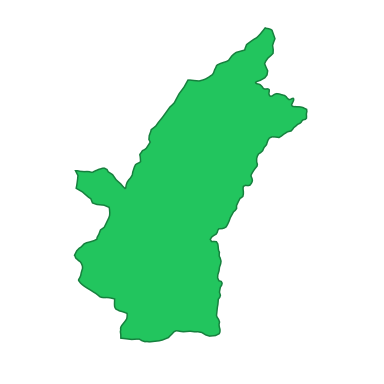 Zobel, Tashigang, Bhutan, rotated 78°
{"feature_id": "84629894B82504764239496", "entity_name": "Zobel", "entity_type": "district", "adm_level": 2, "iso_a3": "BTN", "parent_name": "Bhutan", "parent_adm1": "Tashigang", "projection": "natural_earth1", "projection_center": [91.442, 27.065], "detail": "fine", "context": "isolated", "style": "filled", "palette": "green", "viewbox_px": 384, "rotation_deg": 78, "n_neighbors": 0, "source": "geoboundaries", "source_scale": "gbopen_adm2", "svg_char_len": 5406}
<svg xmlns="http://www.w3.org/2000/svg" viewBox="0 0 384 384"><g transform="rotate(78 192 192)"><path d="M320.2,292.0L320.8,290.1L322.5,285.1L323.7,281.6L324.3,277.3L325.0,274.0L327.0,271.9L328.6,269.2L328.9,267.2L329.6,265.2L329.8,264.3L330.7,255.1L330.6,251.7L329.5,245.3L328.4,243.8L326.7,241.1L325.0,238.7L324.4,236.4L325.1,234.3L325.9,232.4L326.9,229.5L327.8,222.7L329.3,218.5L329.9,215.3L331.4,211.7L334.7,208.2L336.6,204.8L337.3,198.9L336.5,195.8L336.2,194.8L334.9,193.9L333.7,193.5L332.1,193.2L330.5,193.3L328.7,193.3L326.8,193.0L326.0,192.6L324.9,192.1L322.2,192.5L319.6,193.5L317.9,193.7L313.2,192.2L309.9,191.1L307.2,190.0L304.2,189.1L302.4,188.6L300.7,186.7L298.9,185.7L295.7,186.0L293.9,185.3L291.1,184.1L289.2,182.3L287.4,181.5L285.6,182.0L284.4,184.1L281.4,184.8L278.4,184.0L274.8,182.0L271.2,180.7L268.2,178.9L265.7,178.0L262.3,178.2L260.5,178.7L258.4,178.3L256.6,177.7L255.2,178.1L253.5,178.1L250.1,177.7L248.1,177.6L245.7,178.5L245.1,180.3L244.5,183.2L242.1,184.0L240.1,182.0L239.0,179.6L238.2,177.1L236.7,175.7L234.8,174.7L233.6,173.5L233.8,171.8L234.1,170.2L233.9,167.9L233.3,166.0L232.6,165.3L230.9,163.8L228.2,161.8L225.1,159.9L222.9,158.0L220.0,155.5L219.0,153.6L217.4,151.8L214.6,151.3L212.7,149.9L210.7,148.4L208.1,146.2L207.9,145.2L206.9,143.2L204.7,142.2L202.5,141.7L200.3,141.5L198.7,141.2L197.2,140.6L196.6,138.4L197.4,135.9L197.4,134.0L195.9,132.2L194.5,131.1L193.1,130.5L191.3,130.5L188.5,131.0L186.9,130.1L184.5,127.9L183.0,126.4L180.2,123.0L178.5,122.3L176.1,122.5L172.7,121.8L170.6,120.7L168.6,119.0L167.8,116.8L166.3,114.3L164.7,113.2L163.3,112.1L162.4,110.8L161.2,109.3L159.2,108.2L157.1,106.9L155.3,105.1L154.7,102.2L155.4,99.4L156.2,97.0L156.8,95.6L155.8,92.8L154.5,90.2L153.5,87.4L153.0,86.2L152.9,82.3L151.3,80.2L150.2,79.1L149.0,76.6L147.8,74.6L147.2,72.1L146.5,70.8L144.9,69.2L144.5,68.0L144.5,66.0L143.6,64.7L142.0,64.3L139.4,63.9L137.1,62.9L135.0,62.7L133.4,64.8L132.6,65.7L132.0,66.8L131.4,68.2L131.0,69.4L130.6,71.0L130.3,72.2L130.0,73.1L129.8,74.2L129.1,75.9L128.0,76.4L127.1,76.3L126.1,75.5L124.5,74.3L123.5,73.6L122.2,73.2L121.5,73.4L121.3,74.5L121.6,75.3L121.9,76.6L121.8,77.9L120.6,78.9L119.5,79.6L118.5,80.0L117.9,80.5L116.9,81.3L116.2,82.7L115.7,83.6L115.3,84.5L114.8,85.3L114.4,86.0L114.1,86.7L113.8,87.5L113.4,88.8L113.5,90.3L113.8,91.5L114.2,92.5L114.7,93.6L114.8,94.9L114.5,95.6L113.1,96.3L111.5,96.3L109.8,95.6L108.8,95.3L107.8,95.3L106.9,96.4L106.7,97.2L106.7,98.1L106.3,99.7L105.7,100.5L105.1,100.9L103.8,101.4L102.9,101.9L102.0,102.5L101.1,103.2L100.6,103.9L100.2,104.7L99.6,106.1L98.7,107.0L98.0,107.0L97.5,105.9L97.1,103.5L97.0,102.1L95.4,97.0L93.1,94.3L89.2,92.8L85.1,93.7L81.6,94.3L79.4,92.7L76.8,89.9L74.8,86.3L73.2,83.9L69.8,83.0L65.4,82.7L62.7,81.2L59.3,79.0L50.5,80.1L49.4,81.1L48.2,83.1L47.3,85.4L46.7,86.3L48.8,88.8L49.8,90.1L51.8,92.5L53.9,95.6L54.6,96.9L55.6,100.0L56.7,102.6L57.5,104.4L58.5,106.6L59.2,108.0L62.6,110.2L64.1,110.9L64.3,114.2L64.5,117.5L64.6,119.3L64.8,120.2L65.9,122.6L67.3,124.9L69.0,126.8L70.8,128.8L71.3,130.3L71.6,131.9L71.8,134.2L72.2,137.5L72.6,139.2L72.9,140.6L73.5,141.7L75.3,142.9L77.1,144.4L79.1,145.6L80.4,146.5L81.7,148.1L82.3,149.8L83.0,151.3L83.6,153.1L84.3,155.3L84.7,158.1L84.9,162.0L83.3,167.1L82.1,170.7L81.7,172.7L87.0,177.3L87.7,177.9L92.9,183.8L93.5,184.4L98.1,188.3L101.0,190.7L102.7,193.2L103.7,194.9L104.2,195.8L112.8,205.3L117.0,210.5L119.9,213.6L121.1,215.9L122.5,218.9L124.3,219.8L128.0,222.1L131.6,223.2L133.3,222.8L134.5,222.5L136.5,224.4L139.7,227.6L140.7,229.6L141.2,231.7L141.8,232.5L142.7,233.2L143.3,234.0L143.8,234.6L144.7,235.3L146.6,235.3L148.3,235.5L151.6,236.0L152.3,237.4L152.9,239.9L153.5,241.5L155.5,243.1L160.2,245.8L163.0,246.9L165.5,249.3L167.1,251.5L169.0,253.4L171.5,254.9L174.3,256.0L174.6,256.8L172.3,258.4L169.3,260.0L167.4,261.4L166.2,262.3L164.2,263.7L163.3,264.1L162.5,264.4L158.5,266.1L155.6,269.0L155.0,269.7L152.3,270.5L151.3,271.8L150.6,272.5L150.2,274.0L150.2,275.2L150.4,276.4L150.4,277.6L150.5,278.8L150.9,280.3L151.0,281.3L151.3,282.6L151.5,283.5L151.9,284.6L152.0,285.4L151.8,286.3L151.2,287.5L150.7,288.4L150.4,289.5L150.0,291.3L149.8,292.7L149.4,294.2L149.0,295.4L148.7,296.6L148.2,297.8L147.9,298.5L147.4,299.7L147.0,301.5L152.4,300.1L153.8,300.7L154.7,300.9L159.0,302.4L161.7,303.4L163.5,304.2L164.3,304.5L167.1,301.4L168.7,299.6L169.3,299.0L170.7,298.0L171.8,297.2L172.7,296.5L175.6,294.3L176.8,293.1L177.5,292.4L179.7,292.0L182.0,291.6L184.4,287.7L186.6,280.8L189.8,276.2L191.9,276.3L195.4,276.8L197.9,277.5L199.8,278.6L202.9,281.0L205.0,282.6L208.3,285.2L210.1,289.4L214.0,291.9L216.6,294.2L218.4,294.9L219.2,297.9L219.6,302.3L219.7,305.7L220.3,308.3L222.7,311.8L223.6,314.1L225.6,317.0L229.5,320.1L230.8,319.6L231.7,319.6L232.9,319.2L233.9,318.3L235.0,317.6L235.9,316.9L236.7,316.0L238.1,315.3L239.6,314.9L241.7,314.6L243.8,314.9L245.7,315.9L247.9,317.1L250.5,318.2L252.4,319.5L254.1,321.1L255.1,321.3L256.0,320.8L257.8,320.0L259.8,318.6L261.8,316.9L264.4,314.3L266.7,311.8L269.2,309.3L271.4,307.0L273.2,305.5L275.4,303.8L276.4,302.0L277.0,300.1L277.5,297.3L278.0,295.5L278.7,293.7L279.5,292.0L280.5,289.9L284.5,290.9L286.4,291.3L288.1,291.5L289.6,291.2L290.8,290.7L292.3,288.7L293.1,287.9L294.2,285.6L295.3,283.7L296.4,282.0L297.3,280.7L299.8,281.2L301.8,281.9L302.7,282.4L304.6,284.4L306.4,286.6L308.0,288.5L309.4,289.7L310.5,290.2L312.1,290.4L313.8,291.1L316.7,291.3L320.2,292.0Z" fill="#22c55e" stroke="#15803d" stroke-width="1.5"/></g></svg>